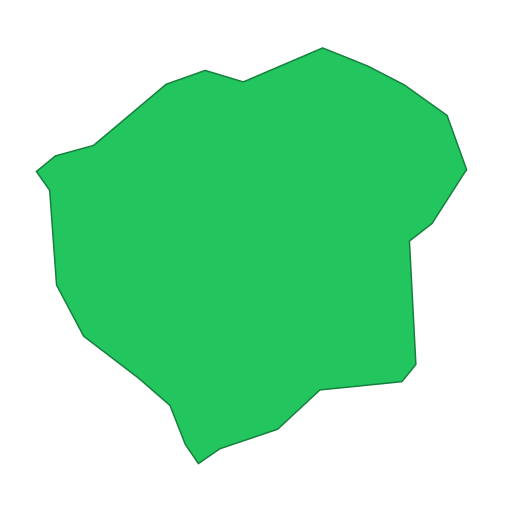 Perstorp, Skåne, Sweden, rotated 267°
{"feature_id": "70781695B63196163664063", "entity_name": "Perstorp", "entity_type": "district", "adm_level": 2, "iso_a3": "SWE", "parent_name": "Sweden", "parent_adm1": "Skåne", "projection": "natural_earth1", "projection_center": [13.405, 56.216], "detail": "fine", "context": "isolated", "style": "filled", "palette": "green", "viewbox_px": 512, "rotation_deg": 267, "n_neighbors": 0, "source": "geoboundaries", "source_scale": "gbopen_adm2", "svg_char_len": 497}
<svg xmlns="http://www.w3.org/2000/svg" viewBox="0 0 512 512"><g transform="rotate(267 256 256)"><path d="M331.0,470.9L386.3,454.2L419.2,412.9L439.8,377.6L460.3,333.4L430.5,252.3L444.0,214.9L432.2,175.2L398.5,130.7L374.9,99.4L366.5,61.0L351.9,41.1L332.3,53.4L237.5,55.3L184.9,79.7L140.2,132.3L111.2,162.3L71.7,175.5L51.7,187.6L65.4,209.8L81.9,268.6L118.9,312.8L122.9,395.2L139.4,410.0L262.9,410.0L279.3,433.5L328.7,468.9L331.0,470.9Z" fill="#22c55e" stroke="#15803d" stroke-width="1.5"/></g></svg>